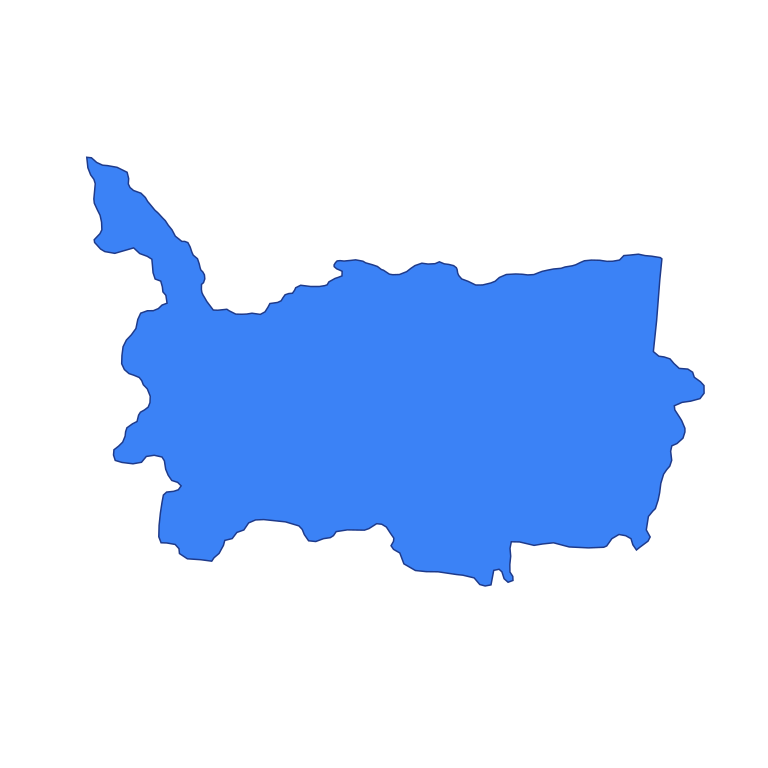 Petah Tiqwa, HaMerkaz, Israel (Mercator projection), rotated 276°
{"feature_id": "584046B54386898087809", "entity_name": "Petah Tiqwa", "entity_type": "district", "adm_level": 2, "iso_a3": "ISR", "parent_name": "Israel", "parent_adm1": "HaMerkaz", "projection": "mercator", "projection_center": [34.939, 32.126], "detail": "fine", "context": "isolated", "style": "filled", "palette": "blue", "viewbox_px": 768, "rotation_deg": 276, "n_neighbors": 0, "source": "geoboundaries", "source_scale": "gbopen_adm2", "svg_char_len": 4338}
<svg xmlns="http://www.w3.org/2000/svg" viewBox="0 0 768 768"><g transform="rotate(276 384 384)"><path d="M245.3,652.4L248.4,655.5L255.3,663.0L259.7,664.7L266.3,660.1L279.9,660.8L285.8,664.7L288.4,666.9L297.4,668.8L304.6,669.5L314.1,669.7L323.5,671.5L328.3,674.1L332.2,676.8L338.2,678.1L347.1,676.1L352.6,676.7L355.4,681.6L361.4,687.0L367.7,688.3L371.4,687.9L378.5,684.0L380.9,682.2L388.7,675.9L392.7,675.0L396.9,682.4L399.0,690.8L402.5,699.8L408.3,703.3L415.9,702.4L419.4,698.4L423.1,691.9L428.0,689.7L430.6,684.6L430.4,675.9L434.7,670.2L438.9,665.8L440.2,659.7L440.4,654.4L444.4,648.5L454.7,648.5L475.5,648.5L516.5,647.4L537.5,647.3L538.6,645.6L539.1,636.8L539.0,630.2L539.7,623.5L537.8,614.5L536.8,609.1L531.9,605.3L530.0,598.6L529.3,592.9L529.6,585.7L528.9,577.3L527.5,570.4L525.5,566.8L522.6,562.2L521.2,558.8L519.3,551.8L517.6,548.1L516.1,540.6L514.4,535.0L512.6,529.6L511.0,526.4L508.5,521.6L507.5,515.6L507.6,510.2L507.2,503.6L505.7,494.2L502.0,487.6L497.8,483.8L495.6,479.6L492.8,471.7L492.0,464.9L494.9,456.9L496.6,450.3L499.7,447.0L502.0,445.7L505.6,444.7L507.2,443.8L509.0,440.9L509.7,436.0L509.8,431.4L511.3,426.3L509.0,422.2L507.9,415.3L508.1,409.0L505.0,402.4L501.7,398.5L498.1,394.8L494.5,387.9L493.6,381.3L493.8,377.9L497.1,371.6L497.6,369.4L500.2,365.2L501.4,360.0L502.6,353.0L503.9,350.3L504.2,347.0L504.5,342.8L503.4,337.8L502.7,334.3L502.1,331.5L502.1,327.4L501.5,324.5L499.7,323.1L497.2,321.9L495.5,322.2L493.6,324.9L492.5,328.5L491.7,330.6L487.1,330.9L485.2,327.2L483.9,324.3L482.2,321.9L479.8,318.5L476.7,317.1L475.6,314.7L474.2,309.5L473.3,301.0L473.5,290.8L470.5,286.1L468.0,285.3L464.7,283.5L464.0,279.8L462.4,276.3L459.2,274.5L456.0,273.0L454.0,269.7L452.1,262.1L448.3,260.6L443.3,258.1L440.3,253.7L440.6,245.3L439.2,240.1L438.5,235.3L438.0,229.3L440.6,222.4L441.9,219.9L440.0,211.0L439.7,206.5L447.5,199.2L451.1,196.6L453.6,194.7L456.0,193.3L459.0,192.5L464.0,192.1L465.9,193.9L469.8,194.8L473.8,194.0L476.5,192.1L478.3,189.9L480.6,188.9L484.1,187.7L486.3,186.7L489.1,185.4L492.2,180.8L494.9,179.2L500.0,176.9L504.1,174.2L505.0,170.9L504.7,168.0L509.2,161.0L515.1,157.1L519.4,152.8L523.5,149.5L526.3,146.1L530.3,141.6L532.9,138.0L538.4,132.4L540.8,129.9L544.5,127.2L548.4,122.3L549.2,118.9L550.3,114.6L551.3,113.2L552.8,110.9L556.2,108.8L561.6,108.6L567.7,106.4L571.6,95.9L572.3,86.1L572.2,81.3L574.3,75.1L578.4,69.4L578.4,64.7L568.1,66.9L561.3,70.4L557.2,74.1L553.0,75.9L537.7,76.1L533.5,77.0L527.6,80.5L522.1,84.0L515.4,86.2L507.9,87.3L503.8,85.8L497.2,80.7L494.5,81.4L488.6,88.0L486.5,92.5L485.8,102.6L489.9,112.7L493.2,120.8L488.2,127.4L486.2,135.3L483.8,140.1L477.3,141.4L470.5,142.7L464.5,145.4L463.0,151.2L457.5,153.4L452.5,154.5L449.4,157.8L441.7,159.8L439.3,155.0L435.4,151.7L432.8,146.9L432.1,141.0L429.0,134.6L422.5,132.4L413.3,131.5L406.5,127.6L400.8,123.2L393.8,120.6L385.0,120.4L376.7,121.0L371.2,124.3L367.7,129.3L366.6,134.2L364.9,139.9L362.0,142.7L358.1,144.7L354.4,149.1L347.4,152.8L341.0,153.2L336.4,151.9L333.1,148.4L330.5,144.7L327.4,143.2L320.9,142.3L318.2,138.1L313.6,132.9L309.5,132.0L305.1,132.0L298.9,130.2L294.4,126.5L290.4,122.3L285.1,122.4L279.9,124.7L278.6,131.6L278.4,142.7L280.8,151.0L287.1,155.2L289.1,162.9L288.2,170.8L284.7,173.6L276.4,175.8L270.7,178.9L265.9,183.0L264.6,189.1L261.5,192.9L257.3,190.5L255.3,186.1L253.8,179.1L250.5,176.2L242.9,175.6L232.4,175.1L219.9,175.1L208.5,176.0L202.8,178.9L203.2,184.6L202.6,193.1L198.8,197.3L194.0,198.3L189.6,206.7L190.1,220.2L189.8,231.2L193.4,233.1L198.3,237.7L206.7,241.2L211.8,242.0L214.4,249.2L221.0,253.2L224.2,259.9L231.7,263.9L235.4,270.5L236.6,278.6L236.6,289.5L236.6,300.4L234.0,314.2L230.8,317.9L225.9,320.5L220.2,325.4L220.2,332.6L223.9,340.1L225.6,346.7L227.9,349.6L232.2,351.9L235.1,362.8L236.6,379.8L238.6,384.1L244.3,391.3L244.3,396.4L242.0,401.3L236.0,406.2L231.7,409.9L228.5,409.9L223.9,407.9L220.5,410.8L217.6,417.4L207.2,422.6L201.8,434.7L201.8,445.6L202.9,457.4L202.1,476.1L202.1,482.4L200.6,493.9L194.6,500.2L193.7,505.7L195.4,511.4L210.1,512.6L211.8,517.8L209.5,520.9L202.9,523.8L199.8,528.1L202.1,532.8L206.1,532.2L210.2,528.9L217.7,528.0L226.0,528.0L233.7,526.5L240.4,527.1L241.1,535.2L239.2,550.1L241.5,558.5L243.8,569.2L241.3,585.2L242.4,604.5L244.6,619.6L246.2,622.4L254.0,626.8L258.9,633.4L258.4,640.2L256.0,645.8L250.1,648.3L245.3,652.4Z" fill="#3b82f6" stroke="#1e3a8a" stroke-width="1.5"/></g></svg>